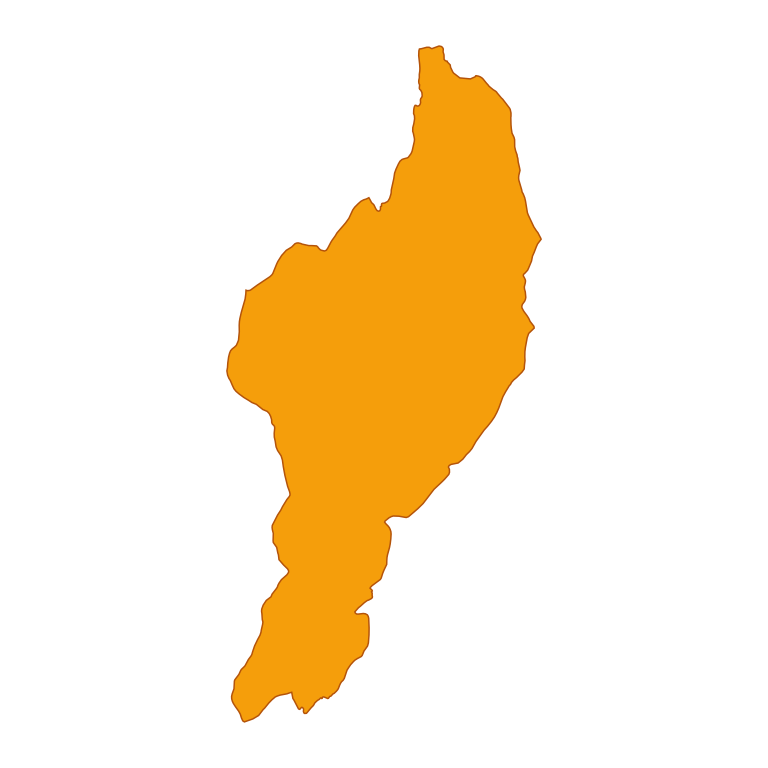 the district of Nuevo Colón, Boyacá, Colombia
{"feature_id": "7082276B31852180812042", "entity_name": "Nuevo Colón", "entity_type": "district", "adm_level": 2, "iso_a3": "COL", "parent_name": "Colombia", "parent_adm1": "Boyacá", "projection": "robinson", "projection_center": [-73.45, 5.353], "detail": "fine", "context": "isolated", "style": "filled", "palette": "amber", "viewbox_px": 768, "rotation_deg": 0, "n_neighbors": 0, "source": "geoboundaries", "source_scale": "gbopen_adm2", "svg_char_len": 6070}
<svg xmlns="http://www.w3.org/2000/svg" viewBox="0 0 768 768"><path d="M488.2,85.1L486.3,83.0L483.0,78.9L481.8,77.8L480.3,76.9L478.7,76.2L476.1,75.7L475.6,75.9L475.5,76.4L474.9,76.9L470.4,78.9L459.8,77.9L455.2,74.3L453.9,73.4L452.9,72.2L450.6,67.4L450.2,64.9L447.2,61.8L447.3,61.3L445.3,60.7L444.1,59.4L444.0,54.9L443.1,51.9L443.3,49.0L442.7,47.7L441.6,46.6L439.7,46.1L438.8,46.1L432.0,48.6L431.2,48.4L429.2,47.3L426.7,47.3L421.4,48.7L419.4,49.0L418.9,50.8L418.7,55.6L419.7,64.8L419.9,68.5L419.8,70.9L419.3,74.4L419.3,77.9L418.8,80.1L418.7,81.9L419.0,83.6L419.6,84.8L419.3,88.2L419.7,89.3L420.7,90.2L421.9,92.5L422.2,96.0L421.7,97.3L420.7,98.7L420.4,99.9L420.6,102.8L420.0,104.5L419.3,105.4L418.6,105.9L417.6,106.1L416.6,105.8L415.9,105.3L415.1,105.4L414.5,106.4L414.0,108.0L413.7,110.4L413.6,113.7L414.4,115.6L414.6,118.9L413.8,123.8L412.8,127.6L412.7,131.2L413.3,133.1L414.3,137.9L414.5,139.5L414.3,141.5L412.1,151.2L411.1,153.5L408.3,157.3L407.3,157.9L403.9,158.8L402.1,159.4L400.0,161.2L398.4,164.0L396.0,169.2L394.6,173.1L393.8,178.6L391.3,189.9L391.2,192.5L390.9,194.2L389.7,198.1L388.2,200.8L387.4,201.6L384.5,203.1L382.4,203.3L381.8,203.6L381.5,204.5L381.5,206.1L381.3,206.3L380.7,206.5L380.4,206.9L380.5,208.0L380.4,209.5L379.8,210.7L378.7,211.2L377.1,210.6L375.8,208.8L374.0,205.0L372.8,203.7L371.6,202.7L370.3,200.2L368.9,197.7L366.3,199.0L363.7,199.8L360.9,201.3L358.2,203.7L354.7,207.2L352.8,209.9L348.9,218.3L345.6,222.9L337.0,232.9L335.1,236.1L332.2,240.1L331.0,242.0L327.8,248.1L326.4,250.2L324.5,251.0L321.2,250.2L320.2,249.7L318.5,248.0L317.6,246.7L316.5,245.9L311.8,245.6L308.8,245.6L302.1,244.1L300.8,243.5L298.1,242.9L296.5,243.1L295.0,243.7L291.7,247.0L286.3,250.3L281.7,255.4L277.9,261.4L276.7,263.9L272.8,273.5L271.9,274.8L269.9,276.7L257.3,285.1L250.2,290.3L247.7,290.7L246.0,290.2L245.8,293.9L245.1,299.1L241.3,312.4L239.9,318.5L239.4,321.6L239.2,325.3L239.3,331.8L238.5,340.2L237.6,342.5L236.3,345.4L234.5,347.1L232.1,349.0L230.6,350.7L229.6,353.1L228.6,357.0L227.8,362.9L227.5,367.5L226.9,370.9L227.6,375.1L228.9,378.3L230.3,380.5L232.3,385.2L234.0,388.8L236.0,391.3L239.4,394.2L243.9,397.5L248.7,400.4L251.9,402.5L256.3,404.3L262.8,409.5L267.2,411.4L269.2,413.5L270.6,416.3L271.6,419.7L271.7,422.4L271.9,423.1L272.6,424.4L273.7,425.3L274.5,426.5L274.7,428.1L274.2,433.3L274.3,437.1L275.2,441.1L276.1,446.9L277.6,450.5L281.1,455.8L282.4,460.0L283.3,466.6L284.9,475.3L287.6,486.3L289.6,491.8L290.0,493.8L290.0,495.1L289.3,496.5L286.9,499.5L282.5,506.7L280.8,510.1L277.6,515.0L272.3,525.4L272.1,527.5L272.4,529.8L273.3,533.3L273.1,540.8L273.3,542.5L276.7,547.4L277.8,552.9L278.4,554.8L279.0,559.7L283.6,565.0L287.6,568.9L288.6,570.8L288.6,572.1L287.9,573.4L286.8,574.9L281.4,579.7L279.1,583.0L278.0,585.1L277.3,587.2L276.0,589.1L272.1,594.1L271.0,596.8L266.3,600.4L263.2,605.1L261.8,608.9L261.6,610.5L261.6,611.7L261.9,613.6L262.3,619.7L262.7,621.1L262.9,622.1L262.6,624.4L261.3,630.1L261.0,632.2L260.0,635.2L257.6,639.6L254.6,645.9L252.7,651.5L251.8,654.6L250.8,656.3L248.4,659.5L245.3,665.3L244.7,666.2L241.3,669.5L240.6,670.7L238.9,674.4L234.9,679.7L234.4,681.0L234.0,688.8L232.2,693.8L231.6,696.4L231.7,698.8L232.3,701.1L233.4,703.5L235.4,706.6L238.7,711.2L240.3,714.2L241.5,718.1L242.8,720.9L244.4,721.9L252.9,718.9L258.7,715.4L263.2,709.5L264.5,708.3L268.8,703.0L271.9,699.8L275.3,696.9L277.4,696.0L280.1,695.1L287.0,693.8L289.8,692.8L291.7,692.3L292.9,698.5L294.0,700.2L298.4,708.7L299.2,709.3L299.8,709.3L301.5,707.4L302.2,707.4L302.7,707.8L303.4,708.5L303.6,709.3L303.4,711.4L303.8,712.7L304.4,713.4L305.4,713.4L306.4,713.3L307.0,712.7L311.1,707.8L313.4,705.5L314.9,702.8L317.5,700.4L319.1,699.5L320.6,698.0L321.1,698.0L321.8,698.5L322.2,698.3L322.4,697.4L323.2,696.9L324.4,697.1L327.7,698.5L328.4,698.3L329.7,696.5L330.7,696.2L331.4,695.7L332.7,694.1L334.2,693.3L336.3,691.3L337.5,689.9L338.3,688.7L339.8,684.8L340.7,683.0L341.6,681.7L343.1,680.3L344.3,678.4L347.0,670.2L348.5,667.8L350.6,664.7L353.5,661.5L355.1,660.0L357.5,658.5L361.3,656.5L362.2,655.4L364.0,651.0L367.5,646.1L368.4,642.9L369.0,634.9L369.1,627.9L368.7,618.2L368.2,616.3L367.3,614.8L365.4,613.8L363.3,613.5L358.2,614.1L356.5,614.0L355.2,612.9L354.9,611.8L358.5,607.7L360.4,606.2L364.4,602.6L367.1,600.6L368.8,600.0L371.5,598.5L372.3,597.6L372.4,596.5L372.1,595.2L372.2,593.6L372.0,592.6L371.5,591.9L372.3,591.0L372.1,590.3L371.5,589.5L370.1,588.4L370.3,587.5L372.0,585.7L380.3,579.5L381.2,578.1L382.7,573.3L384.0,570.1L386.7,564.4L386.8,560.3L387.0,557.5L387.5,554.8L389.5,547.5L390.2,543.9L390.8,538.9L391.1,534.1L390.9,531.7L390.2,529.5L389.3,527.6L388.0,525.9L385.9,523.8L384.6,522.1L385.2,520.9L389.0,517.8L391.3,516.6L393.3,516.0L398.9,516.2L406.2,517.5L408.5,516.7L417.8,508.7L423.1,503.5L434.0,489.3L442.2,481.6L444.7,479.1L448.8,474.4L449.5,472.3L449.4,469.3L448.4,467.0L449.2,465.5L451.1,464.4L458.1,463.0L462.8,459.2L466.4,454.6L469.5,451.6L472.0,448.5L476.0,441.4L484.1,430.1L487.5,426.3L491.4,421.4L494.4,417.0L496.7,412.7L498.7,408.2L502.9,396.7L505.5,391.9L509.4,385.5L510.4,384.6L511.5,382.4L513.6,380.0L516.6,377.5L522.0,372.1L524.2,369.0L524.5,364.7L525.0,360.6L524.8,357.0L524.9,351.7L525.4,347.5L527.2,337.7L528.7,333.4L534.2,328.1L533.9,326.3L530.1,321.4L528.8,318.5L527.2,315.9L523.8,311.3L522.0,308.0L521.8,306.2L522.4,304.3L524.6,301.3L525.4,299.4L525.8,297.4L525.3,292.0L524.5,289.0L524.3,286.9L525.3,282.8L525.5,281.1L525.4,280.1L524.8,278.6L523.4,276.0L523.3,275.2L523.6,274.3L524.9,273.2L527.6,270.2L528.5,268.3L531.5,261.1L532.5,256.1L534.2,252.3L536.3,246.8L537.6,243.9L541.1,239.3L540.9,238.5L537.9,232.7L536.4,230.8L533.9,227.0L528.3,215.1L527.4,212.7L525.5,201.1L524.7,197.7L523.2,193.9L522.1,192.0L521.7,189.9L518.8,180.0L518.6,177.8L518.8,175.4L520.0,170.4L519.6,168.1L518.2,162.0L517.8,158.3L517.2,156.4L517.1,155.0L515.6,150.8L514.7,146.8L514.6,139.6L514.0,137.3L512.0,133.1L511.8,131.8L511.3,128.5L511.0,124.8L510.8,117.5L511.0,116.2L511.0,113.0L510.2,109.4L509.5,108.1L502.7,99.2L501.4,98.0L497.2,93.0L496.6,92.1L495.6,91.2L493.2,89.7L491.1,88.0L488.9,86.1L488.2,85.1Z" fill="#f59e0b" stroke="#b45309" stroke-width="1.5"/></svg>